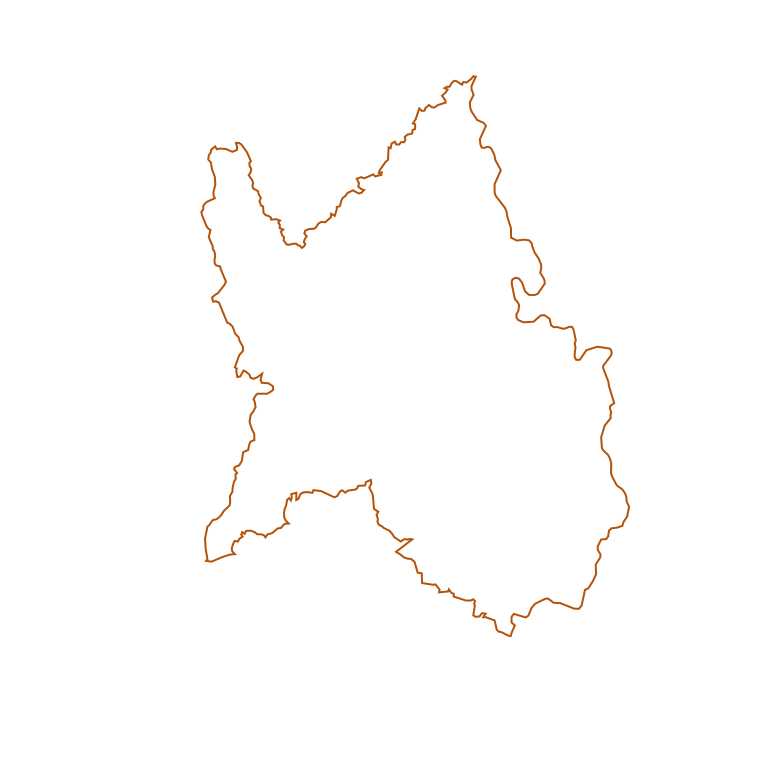 Minaçu, Goiás, Brazil (Albers equal-area conic projection), rotated 341°
{"feature_id": "56859067B20779755358957", "entity_name": "Minaçu", "entity_type": "district", "adm_level": 2, "iso_a3": "BRA", "parent_name": "Brazil", "parent_adm1": "Goiás", "projection": "albers", "projection_center": [-48.381, -13.496], "detail": "fine", "context": "isolated", "style": "outline", "palette": "amber", "viewbox_px": 768, "rotation_deg": 341, "n_neighbors": 0, "source": "geoboundaries", "source_scale": "gbopen_adm2", "svg_char_len": 6166}
<svg xmlns="http://www.w3.org/2000/svg" viewBox="0 0 768 768"><g transform="rotate(341 384 384)"><path d="M249.5,246.3L249.2,250.5L252.2,251.1L254.5,253.4L255.7,275.0L257.7,276.7L259.5,280.3L259.7,288.1L261.7,292.3L261.5,296.0L262.7,303.2L261.5,306.7L256.5,309.6L248.4,319.7L249.8,321.5L248.6,323.5L247.6,329.7L250.6,330.0L255.6,325.6L257.6,327.6L259.8,331.3L259.9,334.7L262.1,336.6L266.2,336.4L272.1,334.6L268.6,340.0L268.8,343.1L275.0,345.7L278.2,349.9L277.4,353.3L274.2,354.5L270.0,355.1L261.3,352.0L259.1,352.9L255.6,356.0L256.0,358.6L255.1,363.9L251.2,367.7L248.0,369.6L244.5,376.0L244.4,384.0L245.1,388.8L243.2,394.8L239.1,395.0L237.1,397.1L234.0,402.2L228.6,402.6L224.7,410.3L220.7,413.7L216.1,413.9L214.5,415.6L216.1,420.4L214.0,421.2L213.1,425.2L210.1,428.0L207.1,432.8L205.7,436.4L201.8,439.9L200.1,445.7L198.5,448.6L191.2,451.9L187.3,455.0L183.9,456.7L181.6,457.3L177.5,457.0L173.3,460.3L170.7,461.3L164.5,471.8L161.8,481.4L160.0,492.2L158.2,493.3L163.0,495.8L175.3,495.0L182.3,495.1L187.6,496.3L186.0,492.8L186.5,489.9L189.2,486.2L191.7,483.7L194.5,485.4L196.9,483.2L200.6,482.3L200.0,479.8L201.8,477.9L203.4,480.3L205.7,478.0L210.3,479.3L213.7,482.3L215.2,484.8L219.4,486.4L221.4,488.1L221.9,490.4L225.1,488.2L229.5,488.6L236.6,485.9L239.5,486.6L244.5,483.9L248.5,484.9L246.6,480.9L246.2,477.6L247.7,472.9L249.3,469.9L251.8,467.2L254.7,461.9L257.2,461.0L258.0,463.7L259.7,461.5L260.5,457.9L265.7,458.4L263.3,465.1L265.7,464.7L269.2,460.8L272.4,460.2L276.9,461.5L280.8,463.6L282.7,461.4L289.7,464.8L300.2,475.0L303.3,474.7L307.6,471.2L309.8,470.9L311.9,474.1L315.2,473.1L322.9,474.5L324.9,473.7L326.4,471.9L333.1,473.8L335.1,470.8L340.3,470.4L339.7,473.9L336.3,477.2L337.3,483.5L336.8,487.5L333.9,498.7L337.0,503.0L334.5,504.9L334.2,510.0L333.0,511.9L333.2,515.3L336.0,518.2L337.0,520.2L341.4,524.5L343.2,529.0L343.7,531.9L348.6,538.4L352.6,537.3L355.9,538.8L358.2,539.0L360.1,540.1L340.8,546.6L344.2,550.8L346.1,554.1L349.4,556.8L352.6,558.2L355.0,562.1L354.4,573.4L358.1,575.2L355.2,584.6L365.0,589.8L367.5,590.3L369.6,596.6L368.2,598.9L377.0,601.0L378.5,599.3L379.6,603.2L381.7,605.3L380.7,607.7L391.1,615.5L395.7,617.0L398.3,616.6L399.4,619.0L397.8,620.9L397.7,623.2L393.1,631.8L394.6,633.8L398.4,634.9L402.2,632.6L405.3,634.3L401.9,636.8L404.3,637.6L411.6,643.6L410.6,653.0L411.7,655.3L414.4,657.0L419.5,662.3L421.7,663.6L424.2,660.1L429.1,654.9L426.9,650.9L428.9,645.6L431.9,643.6L442.0,650.9L445.1,650.0L450.7,643.7L455.3,641.0L466.5,639.6L469.3,640.3L473.2,646.1L479.2,648.5L490.5,658.2L495.0,660.0L498.8,657.7L507.0,644.1L510.4,643.7L512.5,642.3L517.8,638.0L522.7,632.7L525.3,623.8L532.2,618.2L533.2,615.4L532.1,610.5L533.1,607.5L534.5,605.8L538.8,601.7L543.6,603.0L546.3,601.1L549.0,595.9L552.0,594.5L557.6,595.7L563.2,595.7L565.6,592.4L570.7,588.5L575.8,579.7L575.2,574.4L576.5,568.6L576.0,564.4L574.8,560.8L571.7,556.6L570.9,554.4L569.5,545.2L569.7,541.9L573.1,532.9L573.4,527.8L572.6,523.6L569.6,517.9L569.2,515.3L572.1,504.9L579.1,495.2L587.3,490.0L587.8,487.6L589.5,485.1L589.7,480.5L590.8,478.4L595.4,477.1L596.1,458.8L596.9,455.0L596.4,439.7L597.7,437.8L607.3,431.4L609.2,429.4L609.8,426.2L609.0,424.0L597.9,418.2L586.4,417.9L577.1,424.8L573.6,423.8L573.1,421.1L573.6,418.7L577.1,411.4L577.4,408.0L579.6,405.0L580.9,394.5L580.5,391.2L577.5,390.2L574.5,390.5L571.2,390.1L566.5,386.6L563.0,385.6L561.1,382.9L561.8,376.2L558.0,371.1L554.4,370.2L545.8,373.8L536.0,371.1L531.8,367.3L530.9,364.7L531.8,361.4L535.0,358.4L537.5,353.3L536.9,349.9L535.5,346.6L535.7,343.7L537.3,331.6L538.1,328.8L539.6,326.9L543.0,326.4L545.9,328.2L547.6,333.2L547.5,342.1L550.1,346.9L552.9,348.1L555.8,348.9L558.7,348.8L568.5,341.6L569.4,338.9L569.4,336.1L567.9,329.7L570.6,325.4L571.4,321.7L571.1,316.3L569.2,308.5L569.0,301.8L569.5,299.4L568.1,295.5L564.1,293.4L556.2,291.5L551.8,287.0L554.8,277.9L555.0,267.0L556.0,260.1L555.5,256.1L550.9,242.5L550.9,239.0L553.7,231.0L564.1,219.9L562.2,208.5L562.9,203.1L562.2,197.1L561.3,194.9L559.4,193.5L555.2,193.3L553.3,192.0L553.2,188.5L554.4,183.7L564.5,173.0L563.1,169.4L558.1,164.8L555.6,155.5L555.4,151.2L556.8,145.8L562.9,139.7L562.7,134.0L563.6,131.0L570.8,123.3L568.7,122.1L565.5,124.0L560.3,125.8L557.3,124.3L555.2,126.4L550.6,120.7L548.5,120.3L545.4,121.9L542.9,124.3L540.1,123.4L537.6,124.0L540.0,126.3L537.5,128.2L532.7,130.4L534.3,135.4L533.9,138.0L525.9,137.8L521.5,139.0L519.5,138.0L517.4,134.8L512.9,136.7L511.4,138.7L508.6,138.1L507.1,134.9L500.2,143.9L496.2,147.0L498.1,148.5L496.4,153.0L493.8,153.1L492.2,156.3L487.2,155.9L484.1,157.1L483.8,159.9L481.7,161.9L479.0,160.9L476.3,162.5L473.5,161.5L473.2,158.4L469.5,159.1L467.0,163.2L465.4,161.8L460.8,173.3L457.7,174.6L449.5,180.5L447.8,182.9L450.7,183.1L449.6,185.4L443.2,184.8L442.1,182.3L432.3,183.1L429.8,181.0L425.0,181.1L425.7,186.0L423.9,189.2L426.2,192.5L428.3,194.1L424.8,195.9L422.1,195.6L417.7,190.8L411.7,191.5L408.8,193.6L405.7,194.6L403.8,196.2L400.1,201.5L396.9,201.3L396.2,203.5L392.2,209.0L389.5,205.8L388.0,209.1L381.0,211.9L377.5,210.3L374.3,210.9L371.0,213.5L368.6,214.5L363.8,213.1L359.5,213.3L357.7,215.7L359.0,219.2L356.2,221.3L354.4,223.7L355.1,226.1L353.3,227.8L350.7,228.6L349.5,225.9L347.6,224.7L346.7,222.7L343.7,221.8L339.8,221.5L337.4,220.4L335.9,215.6L337.3,212.6L336.2,210.5L336.1,206.3L339.0,205.2L336.1,202.6L337.3,199.7L336.6,196.9L338.9,195.6L335.7,193.1L330.8,191.8L331.2,189.7L329.4,187.3L327.1,186.0L325.8,182.8L327.5,176.8L325.9,175.4L325.8,170.6L328.1,168.1L327.3,163.9L327.6,160.6L323.9,156.4L324.3,153.3L325.6,151.6L325.8,148.5L324.0,142.5L326.8,140.4L328.5,137.4L327.9,134.1L328.6,131.2L330.7,130.0L329.9,120.3L327.1,111.0L325.3,108.9L322.5,107.8L322.4,112.0L321.0,114.9L316.3,115.1L311.1,110.4L305.9,108.1L302.4,107.6L301.7,104.4L297.0,106.2L295.4,108.9L292.9,110.6L290.9,114.5L292.4,118.1L291.3,125.0L291.5,133.0L289.5,140.4L285.1,147.2L284.2,150.5L284.6,153.3L276.0,154.1L272.6,155.5L270.9,157.3L270.0,160.0L267.4,161.7L266.9,164.7L267.6,177.4L268.5,180.0L270.1,181.8L266.1,188.1L266.9,197.7L266.1,200.9L266.8,203.2L266.1,208.0L264.0,211.7L263.2,215.1L263.9,217.2L267.3,219.5L267.0,222.6L267.9,235.8L265.2,238.5L256.5,244.1L253.4,244.7L249.5,246.3Z" fill="none" stroke="#b45309" stroke-width="2"/></g></svg>